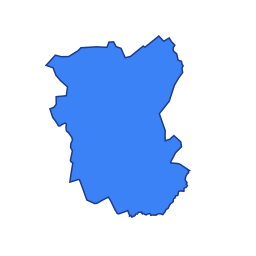 Talin, Aragatsotn, Armenia, rotated 250°
{"feature_id": "60910142B13156315773752", "entity_name": "Talin", "entity_type": "district", "adm_level": 2, "iso_a3": "ARM", "parent_name": "Armenia", "parent_adm1": "Aragatsotn", "projection": "natural_earth1", "projection_center": [43.741, 40.354], "detail": "fine", "context": "isolated", "style": "filled", "palette": "blue", "viewbox_px": 256, "rotation_deg": 250, "n_neighbors": 0, "source": "geoboundaries", "source_scale": "gbopen_adm2", "svg_char_len": 2966}
<svg xmlns="http://www.w3.org/2000/svg" viewBox="0 0 256 256"><g transform="rotate(250 128 128)"><path d="M214.9,72.4L212.5,75.4L210.2,78.2L202.3,78.3L195.8,80.7L187.3,85.2L179.4,81.1L182.0,71.2L174.9,68.7L172.8,65.5L172.7,61.5L172.7,61.2L167.4,61.0L163.6,60.9L159.4,62.3L153.8,63.4L153.2,64.7L153.8,67.1L154.2,70.1L153.5,71.1L152.3,71.3L150.5,70.2L147.9,69.4L146.1,69.2L143.6,70.6L138.4,72.0L135.7,71.7L132.9,69.0L129.4,67.4L125.5,67.9L117.3,62.8L115.9,62.8L114.0,64.2L101.9,57.4L97.0,54.9L96.6,63.5L96.1,64.7L87.6,64.8L74.4,64.7L68.4,70.8L67.9,73.3L69.2,81.1L69.7,85.9L65.8,86.8L56.0,87.8L51.4,88.7L50.5,89.8L50.4,94.0L50.4,99.5L45.5,99.6L44.7,99.3L44.9,100.0L45.0,100.8L44.7,101.0L44.2,100.9L43.5,100.8L43.1,100.9L43.0,101.3L43.0,101.7L43.2,102.7L43.1,103.1L43.1,103.9L43.3,104.4L43.5,104.9L43.9,105.2L44.1,105.4L44.4,105.9L44.4,106.4L44.3,106.6L44.2,106.8L44.0,107.3L44.1,107.6L44.4,107.9L44.7,108.1L44.8,108.2L45.1,108.6L45.2,109.1L45.0,110.0L44.6,110.6L44.4,111.1L44.4,111.6L44.3,112.2L43.9,112.2L43.7,112.1L43.4,112.0L42.7,111.9L42.3,112.1L42.3,113.0L42.3,113.4L42.1,113.8L41.5,113.9L41.1,114.3L40.8,114.6L40.3,115.1L40.1,115.7L40.2,116.1L40.3,116.3L40.5,116.8L40.4,117.2L40.4,117.7L40.3,118.5L40.2,119.1L39.8,119.3L39.7,119.4L39.1,119.5L38.1,119.6L38.0,120.1L38.1,120.6L37.9,121.3L37.5,121.9L37.2,122.6L37.1,123.3L37.1,123.9L36.5,124.4L36.6,124.9L36.7,125.4L36.9,125.8L37.0,126.6L37.0,127.3L36.8,128.0L36.2,129.1L35.7,129.9L35.0,130.6L34.7,131.2L34.8,131.4L35.3,132.0L35.7,132.4L35.9,133.0L36.1,133.5L36.5,133.9L36.5,134.0L36.9,134.4L37.6,134.9L38.4,136.2L38.5,137.0L38.9,138.3L39.6,139.0L39.9,139.3L40.3,139.7L41.1,140.4L41.7,141.3L42.2,141.9L42.5,142.7L42.7,143.8L43.0,144.5L43.3,145.3L43.8,145.5L44.8,146.0L45.6,146.4L46.0,146.8L46.1,147.7L46.4,148.5L46.7,148.7L47.8,149.3L48.0,150.0L47.6,151.0L47.8,151.8L49.0,152.6L50.3,153.3L50.9,153.9L51.1,154.9L51.0,155.6L50.3,156.9L50.0,157.9L49.5,158.6L49.6,159.1L50.0,159.2L50.9,159.5L51.8,159.9L52.2,160.3L52.3,161.0L52.4,161.9L52.5,162.7L53.0,163.4L53.5,164.1L54.0,164.1L54.6,163.8L55.3,163.6L55.7,163.7L56.0,164.2L56.2,164.7L56.9,164.7L57.4,164.6L58.3,164.1L59.2,164.0L60.2,164.2L61.1,164.8L62.4,165.5L63.2,166.2L63.6,166.7L64.1,167.5L64.7,167.9L65.0,168.7L65.1,169.5L65.5,169.8L66.7,169.8L67.2,170.0L67.2,170.4L66.9,170.9L66.9,171.2L75.6,164.9L77.2,163.4L80.6,156.2L81.4,156.4L88.5,164.2L92.1,171.9L97.0,172.8L105.2,168.5L103.1,163.5L103.3,158.6L108.1,160.2L113.0,162.1L124.5,162.2L130.7,162.3L139.1,175.9L152.3,186.2L158.0,193.1L161.4,198.3L161.6,198.4L165.4,199.0L167.7,201.1L169.0,200.6L172.4,201.0L174.5,198.3L181.0,199.1L184.8,197.0L186.4,197.2L188.1,198.1L189.8,200.3L194.2,198.4L195.5,198.1L198.5,197.5L197.3,191.2L203.9,188.4L202.8,185.4L198.1,171.6L199.8,170.3L194.4,154.8L195.0,149.4L205.2,148.7L208.6,144.6L213.9,143.9L215.2,139.5L211.0,135.8L215.1,126.0L219.5,111.2L217.7,107.5L215.4,96.7L217.8,89.7L221.3,84.6L217.7,77.9L214.9,72.4Z" fill="#3b82f6" stroke="#1e3a8a" stroke-width="1.5"/></g></svg>